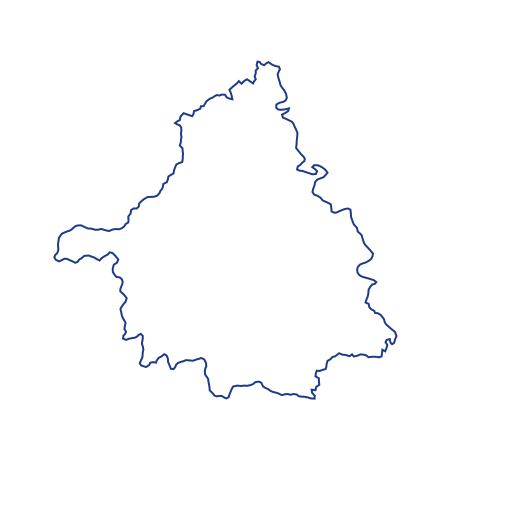 outline of Dores do Indaiá, Minas Gerais, Brazil, rotated 311°
{"feature_id": "56859067B54382916389320", "entity_name": "Dores do Indaiá", "entity_type": "district", "adm_level": 2, "iso_a3": "BRA", "parent_name": "Brazil", "parent_adm1": "Minas Gerais", "projection": "mercator", "projection_center": [-45.547, -19.504], "detail": "fine", "context": "isolated", "style": "outline", "palette": "blue", "viewbox_px": 512, "rotation_deg": 311, "n_neighbors": 0, "source": "geoboundaries", "source_scale": "gbopen_adm2", "svg_char_len": 5817}
<svg xmlns="http://www.w3.org/2000/svg" viewBox="0 0 512 512"><g transform="rotate(311 256 256)"><path d="M365.8,255.3L366.6,251.3L366.3,247.7L365.7,244.9L364.6,242.5L362.6,240.3L360.0,240.2L360.3,243.5L360.1,246.4L357.2,247.4L354.6,244.9L353.0,240.9L351.6,237.8L350.8,235.3L349.2,233.3L348.2,230.3L350.9,228.8L354.1,229.7L356.9,229.7L359.4,230.2L361.5,229.0L362.2,226.4L362.4,223.2L362.9,220.5L363.3,218.0L363.9,215.3L366.7,213.5L369.2,211.5L371.5,209.9L373.8,208.3L376.2,206.4L377.8,203.1L379.1,199.9L380.3,197.7L380.9,195.1L380.1,192.1L379.2,188.7L378.1,185.6L379.7,182.9L383.2,184.3L386.5,185.2L389.0,184.0L386.8,182.6L384.6,180.7L382.6,178.8L381.1,176.5L381.2,173.9L383.8,172.0L387.3,173.3L390.2,175.5L393.0,176.3L395.6,175.5L398.1,172.3L399.6,168.3L400.2,165.1L401.0,162.4L402.7,160.0L404.1,157.7L405.5,155.5L407.3,153.2L410.0,152.2L412.7,151.5L413.9,149.1L412.1,146.0L411.0,142.8L410.5,138.2L408.0,137.3L405.5,137.1L404.3,134.1L404.8,131.6L403.7,129.6L400.5,131.2L399.0,134.3L395.8,134.1L393.8,135.9L390.6,137.2L389.3,139.8L386.5,140.0L384.3,140.5L384.0,137.6L383.5,133.3L380.6,132.3L376.6,132.1L376.7,128.3L374.2,128.4L370.9,127.8L367.3,127.3L364.0,126.9L363.0,129.2L361.1,132.3L358.8,135.3L357.2,132.3L356.5,129.6L357.4,126.8L355.5,124.4L353.1,123.1L351.7,120.8L349.5,119.9L347.2,119.4L344.4,118.0L340.3,117.1L337.2,117.7L334.8,118.1L332.8,116.2L330.7,117.3L327.7,116.1L324.7,114.1L322.2,115.7L319.6,116.1L318.6,113.4L317.4,110.6L316.3,107.7L311.8,107.5L308.6,109.3L305.5,108.1L303.2,107.7L303.7,110.3L304.6,112.8L303.8,115.3L301.9,117.3L298.9,119.2L296.9,121.7L294.4,123.2L292.2,124.8L289.3,126.1L289.1,129.8L286.7,132.2L285.2,134.0L283.3,135.2L281.4,136.9L278.5,138.7L275.2,136.7L272.8,135.9L269.8,136.8L266.5,138.1L264.2,139.6L261.4,138.6L258.5,137.7L256.0,139.2L253.3,140.3L249.6,138.8L247.2,140.3L245.0,141.1L242.6,141.1L240.1,141.9L236.8,141.9L233.7,140.1L231.4,137.6L229.3,135.5L225.7,134.2L222.2,133.6L219.2,133.3L216.3,135.1L213.6,134.8L211.5,132.4L208.7,131.6L205.8,133.5L202.0,133.7L199.5,136.2L197.5,137.6L194.6,136.7L191.6,137.1L188.9,136.5L186.3,135.1L184.4,132.5L181.9,130.4L178.4,128.7L176.8,125.7L175.8,123.5L174.7,121.2L172.4,119.8L170.3,117.4L168.5,113.5L166.6,111.3L165.4,107.7L164.5,104.1L163.0,102.3L161.0,100.6L158.5,99.8L155.4,99.5L153.2,98.9L150.5,97.3L148.0,96.0L145.2,94.8L140.4,95.4L137.6,97.2L135.5,98.5L133.8,99.9L131.9,102.0L129.9,103.3L127.8,104.1L125.2,103.8L122.7,104.6L121.8,107.5L122.7,110.9L125.9,112.3L128.2,113.2L129.8,115.1L130.4,117.4L131.5,120.7L132.3,124.0L134.4,125.2L137.3,124.9L139.8,125.8L143.4,126.3L146.6,129.4L147.8,132.7L148.8,135.1L149.1,137.6L150.0,140.9L152.7,140.8L156.3,141.8L159.7,143.1L162.9,143.3L164.1,145.9L163.8,150.0L163.0,154.4L159.7,155.4L156.2,154.4L152.7,156.0L150.0,158.4L149.1,161.4L148.6,164.4L150.4,167.1L150.5,169.9L149.2,172.2L146.9,173.6L144.7,174.3L142.1,175.3L140.2,176.9L140.3,179.3L140.1,182.4L139.3,186.1L135.8,187.6L132.4,187.6L129.7,187.9L127.1,188.4L124.9,191.5L122.9,194.0L121.7,196.5L120.9,199.1L120.0,201.4L117.2,202.9L114.5,204.7L113.6,207.6L111.3,208.3L109.0,208.2L106.4,209.8L107.5,213.0L110.2,214.4L112.2,215.9L114.9,218.2L117.2,219.1L119.6,219.2L121.6,220.2L121.4,223.0L119.1,224.9L117.2,226.0L114.9,227.5L113.3,230.1L111.6,232.3L108.5,234.1L105.1,236.7L101.9,237.6L98.7,238.7L98.1,241.1L98.9,243.2L100.1,245.9L103.7,246.9L106.1,246.2L108.5,248.1L109.8,250.4L112.2,249.6L115.3,249.4L118.5,250.6L121.7,251.2L122.2,253.8L120.9,256.6L118.2,259.4L116.5,263.0L115.0,265.8L116.5,268.0L119.2,267.9L121.5,267.0L124.1,267.3L126.6,268.7L128.9,270.2L131.3,271.4L132.9,273.3L134.3,275.4L135.8,277.3L138.4,278.7L141.0,280.4L143.1,281.6L144.0,284.8L142.6,288.2L140.3,290.8L138.0,291.5L135.5,292.9L133.2,295.4L132.4,298.3L131.8,300.6L130.1,302.4L128.3,304.7L126.7,306.7L124.2,309.3L124.0,313.6L123.4,316.0L124.3,318.4L126.5,320.3L127.9,322.0L128.3,324.6L129.0,326.9L131.3,328.0L133.7,327.0L136.8,325.9L139.8,324.9L142.6,324.4L146.0,327.0L148.1,330.1L150.4,332.0L152.1,334.4L154.6,336.3L157.1,337.7L160.5,338.3L163.2,340.7L163.8,343.3L162.2,346.7L162.7,350.0L163.5,352.7L163.8,355.7L164.6,358.2L165.8,360.3L167.0,363.2L167.9,366.7L171.0,368.8L172.7,370.6L173.8,373.0L176.5,374.9L178.2,377.7L178.2,380.2L179.8,382.7L181.8,385.3L183.2,387.8L184.5,390.8L186.8,393.8L189.1,392.0L189.5,388.2L191.6,385.7L193.7,388.9L196.8,387.3L200.3,388.3L202.5,385.9L204.9,383.7L204.2,379.9L206.9,378.0L209.4,377.2L211.0,379.5L214.2,381.2L216.3,382.7L218.3,381.9L220.6,380.3L223.8,378.8L226.8,379.9L229.7,379.9L232.1,381.5L234.4,382.0L237.1,382.5L238.2,385.9L240.2,388.7L241.8,392.4L244.8,393.0L244.3,395.6L246.8,397.7L250.2,399.3L252.1,401.9L253.3,404.2L253.4,407.3L256.1,409.7L258.6,412.6L260.5,415.6L262.7,416.6L264.9,415.2L268.2,412.9L268.8,416.0L272.6,414.7L275.0,413.5L275.9,410.3L278.4,409.7L281.1,411.5L278.9,414.2L278.7,416.6L281.1,417.2L284.5,415.6L287.8,414.5L289.9,410.6L289.7,406.6L289.7,404.0L289.8,399.1L290.5,396.6L292.3,394.0L293.3,388.9L292.8,385.6L291.2,383.3L292.2,381.1L291.4,378.0L291.7,375.1L293.8,372.5L292.8,369.2L295.4,368.0L298.6,366.9L300.7,365.8L302.6,364.5L304.4,363.1L307.8,362.5L310.5,362.3L312.9,363.9L315.2,363.9L315.1,360.9L313.8,357.8L312.6,355.1L311.1,352.1L309.8,349.0L309.4,346.3L310.2,343.3L312.4,341.0L314.6,340.1L317.7,340.1L320.1,341.2L323.1,343.1L326.2,344.2L329.4,344.9L332.0,344.2L334.6,342.7L335.4,337.3L335.8,333.9L336.0,331.4L336.7,328.8L338.4,326.1L339.6,324.1L341.0,322.1L341.2,319.8L341.2,316.8L343.5,313.7L344.0,309.1L345.8,305.7L347.7,302.3L350.2,299.8L352.9,296.9L352.3,294.4L349.9,292.3L346.9,290.7L344.3,289.4L341.9,288.4L340.1,286.9L339.2,283.8L341.6,281.4L344.1,278.4L343.0,274.1L341.7,270.0L342.3,266.4L341.8,262.9L340.5,259.7L341.3,256.7L344.4,255.0L347.5,253.9L350.8,252.0L354.1,252.2L357.4,254.0L359.9,255.3L362.8,255.4L365.8,255.3Z" fill="none" stroke="#1e3a8a" stroke-width="2"/></g></svg>